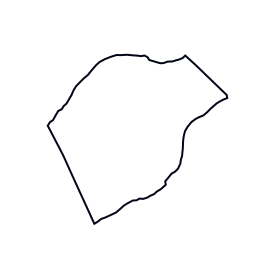 outline of Novo Gama, Goiás, Brazil, rotated 44°
{"feature_id": "56859067B18027266556468", "entity_name": "Novo Gama", "entity_type": "district", "adm_level": 2, "iso_a3": "BRA", "parent_name": "Brazil", "parent_adm1": "Goiás", "projection": "equal_earth", "projection_center": [-48.065, -16.126], "detail": "fine", "context": "isolated", "style": "outline", "palette": "ink", "viewbox_px": 256, "rotation_deg": 44, "n_neighbors": 0, "source": "geoboundaries", "source_scale": "gbopen_adm2", "svg_char_len": 1274}
<svg xmlns="http://www.w3.org/2000/svg" viewBox="0 0 256 256"><g transform="rotate(44 128 128)"><path d="M194.6,142.6L191.8,140.5L191.5,135.6L191.0,130.8L192.2,126.6L192.2,122.4L190.4,117.3L188.0,114.0L186.4,110.6L184.3,108.1L182.1,105.2L179.6,102.3L177.3,99.8L175.4,97.4L173.3,94.4L171.1,90.4L170.0,85.6L169.5,79.7L170.3,74.8L171.3,71.6L173.5,66.4L174.0,61.3L174.0,56.7L174.4,52.2L174.7,48.6L175.7,44.9L176.8,41.5L178.6,37.5L176.1,35.7L170.3,35.7L166.1,35.7L163.1,35.7L158.6,35.7L155.8,35.7L153.1,35.7L148.8,35.7L144.7,35.7L140.8,35.7L137.6,35.7L132.7,35.7L118.9,36.1L118.7,39.8L117.1,43.4L115.5,46.0L113.8,49.2L110.5,52.6L108.4,56.7L106.2,59.0L103.0,60.7L99.5,62.5L96.1,64.3L92.8,63.5L89.5,64.4L87.6,67.1L84.4,69.5L80.1,73.1L76.3,76.1L72.3,80.5L69.1,83.4L65.9,89.3L63.5,94.7L61.7,100.4L61.4,105.3L61.8,112.1L62.3,117.7L61.7,123.4L61.6,133.8L62.5,138.2L64.5,143.7L65.9,149.5L66.8,153.1L66.5,156.9L67.3,160.6L66.0,164.2L67.2,169.3L68.6,174.4L67.8,178.0L68.7,182.1L99.8,192.5L127.8,203.6L163.8,217.7L170.3,220.3L171.2,216.9L171.9,212.0L173.8,208.3L178.1,197.1L178.7,191.0L178.9,186.9L179.9,182.8L181.8,176.9L184.4,174.0L185.3,170.8L188.1,168.5L190.1,165.0L191.1,161.2L192.7,157.5L192.9,153.7L194.1,149.2L194.6,142.6Z" fill="none" stroke="#020617" stroke-width="2"/></g></svg>